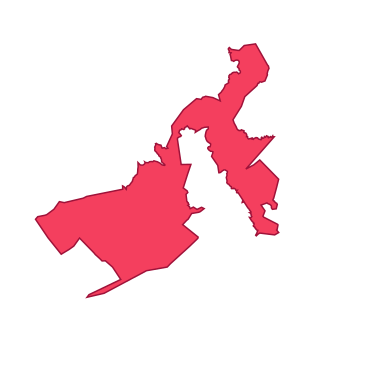 Santiago Tamazola, Oaxaca, Mexico (orthographic projection), rotated 46°
{"feature_id": "50627088B25658637599997", "entity_name": "Santiago Tamazola", "entity_type": "district", "adm_level": 2, "iso_a3": "MEX", "parent_name": "Mexico", "parent_adm1": "Oaxaca", "projection": "orthographic", "projection_center": [-98.227, 17.745], "detail": "fine", "context": "isolated", "style": "filled", "palette": "rose", "viewbox_px": 384, "rotation_deg": 46, "n_neighbors": 0, "source": "geoboundaries", "source_scale": "gbopen_adm2", "svg_char_len": 6034}
<svg xmlns="http://www.w3.org/2000/svg" viewBox="0 0 384 384"><g transform="rotate(46 192 192)"><path d="M139.4,237.7L141.9,239.9L122.0,270.9L120.9,274.5L110.9,291.3L106.8,294.1L108.5,303.3L107.4,312.2L106.6,313.9L102.6,320.1L102.9,323.5L125.1,327.4L145.9,329.3L148.0,320.0L148.8,314.6L147.0,304.9L167.6,304.8L169.8,305.0L175.6,304.6L179.1,304.6L181.3,302.1L190.8,301.3L205.4,304.0L194.3,337.4L194.8,340.6L203.8,325.6L217.0,279.4L228.8,261.9L228.6,257.3L229.4,230.9L229.4,220.0L228.7,218.9L209.0,221.4L208.7,215.5L208.9,213.7L207.2,207.2L211.3,201.2L211.9,199.6L212.4,194.8L209.7,195.7L209.5,196.1L208.0,200.5L203.8,201.5L202.7,204.9L200.8,204.0L200.2,204.3L199.7,204.1L198.7,204.2L199.0,203.3L198.9,202.9L197.7,202.6L197.3,202.3L197.0,202.2L196.8,202.5L195.7,202.3L195.6,202.1L194.9,202.1L193.6,201.0L189.5,197.9L189.5,195.4L187.8,194.7L183.0,195.5L175.9,182.4L171.4,173.6L164.7,180.7L144.0,165.9L143.2,165.0L143.3,163.8L143.6,162.7L144.2,161.6L144.0,160.5L141.3,160.2L140.2,160.3L139.0,158.0L139.6,156.7L139.3,155.6L141.4,154.5L141.4,153.4L140.6,152.6L140.8,151.7L141.2,150.6L141.1,149.5L145.2,149.7L145.4,148.7L146.9,147.9L147.8,147.6L148.9,146.9L150.2,146.6L151.4,148.2L151.9,145.6L152.7,142.6L152.8,140.9L154.2,138.0L156.5,135.2L157.8,136.3L157.9,137.2L157.7,138.5L158.5,140.2L160.1,142.6L161.2,143.9L162.6,144.5L163.8,145.2L165.3,145.7L166.4,145.9L168.7,145.5L170.1,145.1L170.9,145.7L172.0,147.5L171.0,148.6L171.1,149.8L171.8,150.5L173.6,150.7L175.8,150.3L176.4,149.6L177.5,149.0L178.4,150.0L180.0,153.2L190.8,155.0L196.8,159.3L197.5,158.5L197.8,157.3L197.9,155.3L198.3,153.7L199.2,152.8L201.7,152.2L202.7,153.3L202.9,154.3L204.2,155.0L205.4,157.3L208.3,159.0L209.5,160.5L210.8,160.7L212.1,160.1L213.0,160.4L214.4,160.4L215.5,160.0L216.3,160.7L216.4,161.0L217.0,161.2L217.5,160.5L218.2,160.2L218.3,159.3L220.2,158.8L220.8,158.9L221.0,159.2L221.9,159.2L222.2,158.5L222.5,159.4L223.1,160.1L224.0,160.2L224.5,159.3L233.1,161.0L234.4,163.2L234.8,162.4L234.1,161.2L242.1,162.8L244.5,162.9L244.9,163.0L245.2,163.3L246.1,163.2L247.1,163.6L247.9,163.2L247.6,163.6L247.6,164.0L247.1,164.8L247.4,164.7L249.1,164.8L249.1,165.1L249.4,165.4L250.3,165.8L251.3,166.1L251.3,167.6L250.7,167.9L250.2,168.3L254.1,169.1L257.1,169.1L257.3,169.5L257.6,169.2L258.4,169.8L258.8,170.6L258.8,171.3L259.0,171.5L259.4,171.5L259.6,171.6L260.4,171.3L261.2,171.5L261.2,171.3L262.7,171.8L263.0,171.6L263.3,171.8L264.5,171.8L265.3,171.3L266.7,174.2L267.3,176.2L268.2,176.2L268.2,173.7L268.6,171.8L280.3,162.3L281.4,157.8L278.1,157.5L278.1,156.8L275.5,153.1L275.2,152.9L274.6,152.9L259.9,157.9L258.7,157.8L256.3,152.6L249.4,151.4L251.9,145.7L253.1,145.5L255.1,144.6L256.7,144.5L257.5,144.9L258.6,145.9L260.3,146.2L262.6,143.1L260.2,139.3L258.9,138.9L258.0,139.3L257.1,139.4L256.3,139.2L255.6,139.1L255.1,139.5L254.4,139.5L253.7,139.0L253.7,138.7L253.3,137.9L253.3,137.7L253.0,137.4L253.0,137.1L252.8,136.9L252.6,136.5L247.5,128.0L243.0,120.8L216.0,121.0L215.4,128.7L212.9,137.3L209.4,94.5L208.5,95.3L208.4,95.3L207.7,94.9L208.0,96.7L206.9,97.0L206.6,97.1L206.6,97.4L206.8,97.5L206.9,97.8L206.9,98.0L206.2,98.7L206.0,99.4L205.7,99.4L205.3,98.8L204.9,98.7L204.6,98.8L204.3,99.1L203.5,99.2L203.3,99.3L203.6,100.7L203.6,101.2L203.3,101.3L202.4,101.4L202.8,102.1L203.0,102.7L202.8,103.4L202.0,104.4L201.6,104.3L201.4,103.7L201.1,103.7L200.9,103.9L201.1,104.4L201.5,104.8L201.9,105.0L202.1,104.8L202.3,106.1L201.9,106.2L200.5,107.2L199.5,107.4L198.6,107.2L198.3,107.7L197.6,107.9L197.3,108.1L197.1,109.0L196.7,109.8L196.7,111.4L196.5,111.5L195.9,111.4L195.4,111.0L194.9,111.1L194.7,111.4L194.8,111.7L195.4,111.6L195.6,111.9L195.2,112.3L194.0,112.8L193.3,114.3L193.1,114.5L192.6,114.6L192.1,114.5L192.0,114.3L190.8,114.0L190.8,113.6L190.6,113.6L190.0,114.3L189.2,113.2L188.7,113.0L188.5,112.7L188.1,112.6L187.0,112.4L186.6,112.7L186.2,112.8L185.9,113.2L184.9,113.2L184.6,112.6L184.2,112.4L184.2,112.1L183.8,112.1L183.0,112.7L182.5,112.8L181.9,113.2L181.6,113.2L181.5,113.4L181.8,114.0L181.6,114.3L181.2,114.8L180.9,114.8L180.7,115.3L179.9,115.8L179.6,115.8L179.3,115.7L178.3,115.9L175.7,114.9L171.7,113.8L168.5,112.3L164.7,97.0L160.1,87.8L160.6,71.3L159.6,69.2L160.2,68.5L159.9,67.9L159.8,66.6L161.3,65.7L162.8,62.4L160.1,56.3L159.2,55.9L157.5,53.2L156.6,50.8L154.4,49.5L153.2,49.5L129.6,43.4L122.9,52.7L123.0,59.6L122.0,60.6L116.8,64.6L114.0,64.8L114.1,66.2L114.9,66.9L116.4,67.1L117.4,68.6L119.0,67.2L119.5,69.1L120.6,69.6L124.8,72.3L125.7,71.6L127.0,71.2L127.2,69.7L128.0,68.4L128.5,67.9L129.2,67.4L130.1,67.3L131.2,67.6L132.1,68.6L133.4,72.3L133.8,72.5L135.9,72.4L137.0,73.4L137.5,73.2L138.7,73.3L139.7,74.3L139.7,75.1L139.3,76.4L138.1,76.3L136.8,76.5L136.1,77.6L135.2,78.4L134.6,79.3L134.6,79.9L134.3,80.1L134.3,80.3L134.4,82.0L133.8,83.1L134.1,84.8L134.8,85.4L135.3,86.1L136.1,86.1L136.9,86.9L136.8,87.9L137.6,88.9L138.9,89.7L138.0,93.8L139.0,95.4L139.9,98.4L140.1,100.2L140.5,101.7L140.4,104.0L140.4,105.3L146.1,108.4L138.6,111.4L132.6,115.7L132.2,116.9L131.3,118.4L131.4,119.4L131.7,121.1L128.0,123.9L126.9,140.9L130.4,160.8L136.6,165.8L141.7,178.7L143.7,178.9L143.1,180.2L142.4,180.9L141.1,180.8L139.7,183.0L136.7,181.8L134.8,183.1L133.3,183.7L132.3,183.8L131.9,184.7L132.9,185.2L133.8,187.7L134.5,188.0L136.1,189.8L137.2,190.1L138.8,189.9L140.2,190.3L142.1,190.1L142.4,190.4L142.8,190.6L143.5,190.7L144.3,190.6L144.7,190.4L145.2,190.4L146.3,191.1L147.1,191.2L148.8,192.6L149.6,192.9L152.7,192.6L153.2,192.5L153.8,192.8L153.8,193.2L153.3,193.7L152.2,194.4L151.0,194.9L149.7,194.8L148.1,195.3L146.2,195.9L144.1,197.2L143.1,197.7L143.0,199.1L142.1,199.8L141.1,201.0L140.7,201.6L140.7,202.2L140.5,203.2L138.8,204.7L138.2,205.0L137.6,205.1L138.6,205.6L138.8,206.6L138.8,207.4L138.6,208.4L138.1,209.2L136.6,210.4L133.3,210.4L136.5,213.3L137.9,215.1L139.5,216.8L141.1,218.8L141.0,220.6L140.8,221.1L140.9,221.8L141.3,223.3L140.9,224.1L141.5,225.1L141.8,225.4L142.3,226.7L142.9,227.3L143.2,229.8L143.7,232.4L143.0,233.7L142.8,235.0L143.0,235.9L144.3,237.1L144.5,237.5L141.4,237.2L140.3,237.4L139.4,237.7Z" fill="#f43f5e" stroke="#9f1239" stroke-width="1.5"/></g></svg>